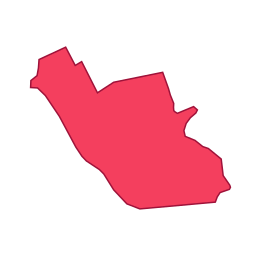 Neretas, Mercator projection, rotated 345°
{"feature_id": "LVA-5724", "entity_name": "Neretas", "entity_type": "Municipality", "adm_level": 1, "iso_a3": "LVA", "parent_name": "Latvia", "parent_adm1": "", "projection": "mercator", "projection_center": [25.191, 56.328], "detail": "fine", "context": "isolated", "style": "filled", "palette": "rose", "viewbox_px": 256, "rotation_deg": 345, "n_neighbors": 0, "source": "natural_earth", "source_scale": "10m", "svg_char_len": 729}
<svg xmlns="http://www.w3.org/2000/svg" viewBox="0 0 256 256"><g transform="rotate(345 128 128)"><path d="M193.1,222.2L118.5,209.2L107.3,201.0L98.2,184.1L92.7,166.1L89.6,160.7L79.3,149.1L76.2,143.4L72.7,133.0L64.7,98.9L56.6,75.3L51.0,65.9L44.4,63.7L46.5,57.0L53.7,53.9L57.0,46.9L59.8,38.8L88.7,33.8L93.2,53.9L100.4,51.9L107.6,86.1L126.0,80.1L175.9,83.2L177.3,100.5L177.4,107.0L178.5,116.1L177.3,119.9L176.7,123.1L177.6,124.6L179.5,126.6L196.9,124.3L199.7,128.5L197.4,131.1L190.9,134.2L185.4,138.6L181.3,145.0L181.1,150.9L189.5,157.3L195.4,165.3L200.3,168.6L210.0,182.1L207.6,198.6L211.5,209.6L211.6,211.8L210.1,213.5L200.2,214.2L196.4,217.6L193.3,222.0L193.1,222.2Z" fill="#f43f5e" stroke="#9f1239" stroke-width="1.5"/></g></svg>